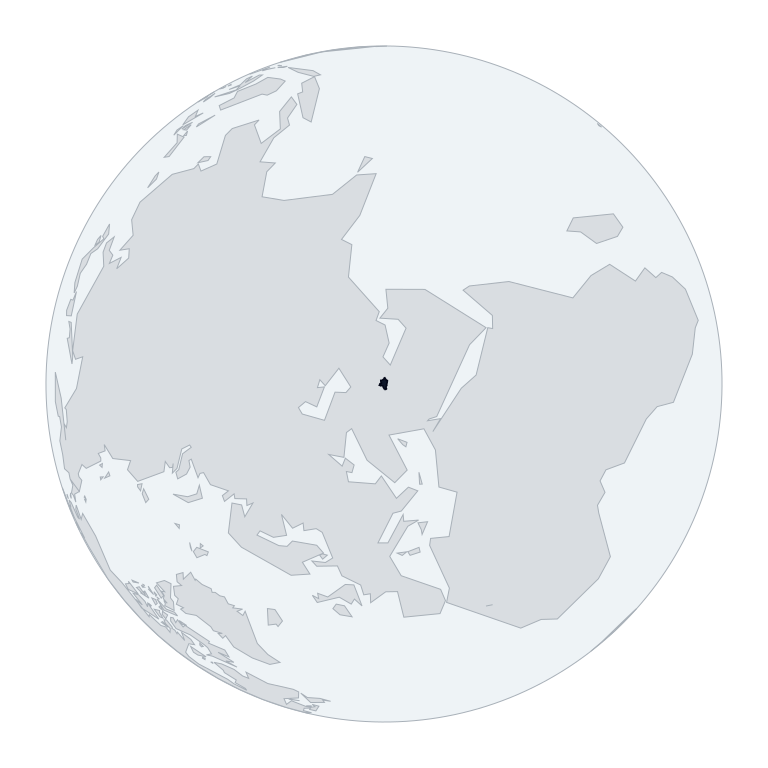 the Earth from above Wasit, rotated 235°
{"feature_id": "IRQ-3227", "entity_name": "Wasit", "entity_type": "Province", "adm_level": 1, "iso_a3": "IRQ", "parent_name": "Iraq", "parent_adm1": "", "projection": "orthographic", "projection_center": [45.642, 32.719], "detail": "fine", "context": "on_globe", "style": "filled", "palette": "ink", "viewbox_px": 768, "rotation_deg": 235, "n_neighbors": 0, "source": "natural_earth", "source_scale": "10m", "svg_char_len": 11944}
<svg xmlns="http://www.w3.org/2000/svg" viewBox="0 0 768 768"><g transform="rotate(235 384 384)"><circle cx="384" cy="384" r="338" fill="#eef3f6" stroke="#a8b0b8"/><path d="M380.2,46.1L383.1,46.1L420.3,48.9L435.7,50.5L429.5,50.4L461.1,55.1L483.6,61.1L455.9,54.1L451.3,53.5L465.4,57.0L463.8,57.3L469.7,59.5L466.4,59.8L450.5,56.7L448.0,57.1L458.2,59.7L461.4,62.4L446.8,58.3L450.8,62.9L424.9,60.6L388.6,53.0L371.8,55.4L328.1,58.1L329.7,59.5L314.2,62.7L310.3,65.8L303.3,66.3L306.2,68.6L313.3,67.6L317.0,68.5L315.4,70.5L306.1,71.1L305.6,70.2L302.1,71.5L298.2,71.2L299.2,72.5L288.2,73.6L296.5,75.7L285.6,79.3L279.1,79.3L283.2,75.1L278.1,67.7L272.7,67.9L261.0,71.6L231.7,86.6L224.3,89.2L211.8,95.9L214.2,95.8L224.8,90.8L226.3,93.2L239.2,87.7L241.6,88.2L253.5,85.1L247.9,90.4L236.1,97.5L226.0,100.7L220.5,104.3L227.1,105.7L205.3,117.0L185.9,134.6L180.7,137.5L175.9,133.9L183.6,121.6L177.5,120.4L177.6,126.5L164.5,135.2L160.8,139.3L159.2,142.4L162.7,141.4L157.4,145.9L155.3,140.7L160.1,136.4L160.7,137.9L164.2,132.6L162.7,130.7L156.3,136.1L160.9,130.2L156.7,133.9L175.5,118.1L195.3,103.7L216.2,90.7L237.9,79.3L260.4,69.5L283.5,61.4L307.2,54.9L331.3,50.2L355.6,47.3L380.2,46.1ZM46.5,400.3L47.5,412.2L51.9,439.9L54.6,457.4L55.2,462.1L49.4,431.4L46.5,400.3ZM447.1,52.2L439.3,50.8L447.4,52.2L447.1,52.2ZM471.0,59.7L473.8,60.2L475.7,61.2L471.0,59.7ZM255.7,82.6L254.6,83.8L253.0,83.7L255.7,82.6ZM261.9,80.2L260.9,79.3L263.6,78.0L264.2,78.7L261.9,80.2ZM472.4,62.9L474.6,64.8L469.6,62.2L472.4,62.9ZM262.6,81.8L268.7,76.1L273.6,74.1L280.0,75.1L262.6,81.8ZM474.1,65.6L479.6,71.1L486.2,72.4L470.7,72.8L471.2,67.4L464.0,63.8L470.8,65.7L474.1,65.6ZM316.3,66.5L308.6,67.6L316.6,65.0L316.3,66.5ZM320.5,64.7L339.6,57.0L350.1,57.1L341.6,59.3L356.4,58.5L352.1,62.1L343.0,63.5L337.1,62.5L340.0,64.8L320.5,64.7ZM461.3,72.6L460.3,73.8L458.3,72.0L461.3,72.6ZM319.1,68.6L322.0,66.8L331.3,66.6L327.2,70.2L325.5,69.1L319.1,68.6ZM362.4,56.7L368.6,57.6L366.8,60.7L369.0,61.5L353.0,62.3L362.4,56.7ZM322.5,70.2L324.8,72.2L318.9,74.3L316.8,70.5L322.5,70.2ZM335.5,65.1L339.7,65.3L336.0,66.3L335.5,65.1ZM299.3,83.9L302.6,81.1L307.7,80.6L299.3,83.9ZM326.0,72.9L328.1,72.1L330.5,71.8L330.7,73.6L326.0,72.9ZM352.8,64.7L350.8,66.0L359.3,64.5L358.3,67.2L347.8,67.4L351.9,68.4L351.6,69.3L343.4,68.6L352.8,64.7ZM338.2,74.7L324.4,76.6L317.2,81.5L312.4,81.9L324.9,74.1L338.2,74.7ZM341.9,71.1L338.5,73.3L334.3,72.4L334.1,70.3L341.9,71.1ZM361.5,69.1L365.7,64.9L367.8,65.1L361.5,69.1ZM336.9,76.2L340.2,75.7L336.9,76.6L336.9,76.2ZM354.9,71.3L356.0,69.7L358.5,69.9L354.9,71.3ZM345.9,76.4L341.5,76.9L341.2,75.4L345.9,76.4ZM350.7,74.2L353.7,74.9L343.7,74.5L350.8,73.4L350.7,74.2ZM356.9,71.8L358.8,71.4L356.1,72.5L356.9,71.8ZM349.7,82.4L337.1,82.2L336.4,78.7L348.7,79.2L349.7,82.4ZM101.5,447.9L92.1,391.2L101.0,377.7L105.6,356.0L169.2,310.0L179.3,320.5L225.6,328.8L230.8,333.6L221.7,349.8L253.5,381.8L268.1,369.9L300.5,388.3L324.4,391.0L339.3,358.8L300.2,353.6L297.0,336.2L331.3,326.4L366.0,331.9L365.8,325.4L346.9,309.1L358.0,298.3L340.7,302.6L345.4,309.8L334.8,313.1L329.8,306.9L333.9,303.0L324.3,298.8L307.2,319.6L310.2,329.1L283.2,328.6L285.5,344.8L277.1,350.4L270.0,325.3L273.0,317.2L257.3,287.9L251.6,296.1L266.1,324.8L260.2,321.4L252.7,334.3L253.8,321.9L239.5,289.8L217.1,288.1L183.3,312.6L171.3,310.1L163.8,298.2L181.6,266.5L206.2,276.0L212.8,266.2L212.5,247.6L220.0,252.5L222.9,246.5L232.7,249.6L251.0,239.5L261.7,241.5L273.3,224.4L280.4,223.4L271.4,233.6L270.9,242.2L297.9,248.3L304.4,245.5L309.8,234.3L316.5,238.0L318.3,226.4L336.0,225.2L315.9,217.4L321.8,205.5L334.8,198.2L333.1,193.3L311.9,205.2L306.6,211.5L307.9,218.9L290.5,236.4L280.2,237.5L284.8,214.9L270.8,214.3L280.6,198.2L332.1,173.6L351.3,171.1L373.7,191.2L366.6,198.0L355.1,193.8L361.7,208.4L363.1,202.0L368.7,205.5L375.7,196.1L380.0,198.2L379.3,186.0L385.3,187.6L385.7,195.3L401.1,184.1L414.9,185.4L416.3,182.0L413.9,177.9L433.0,183.0L433.2,180.3L427.1,177.5L423.5,170.6L424.6,160.6L431.1,162.9L431.6,166.8L442.4,179.0L442.7,189.8L445.5,189.8L446.8,181.1L433.6,166.0L432.4,159.5L439.8,165.7L437.0,162.9L438.4,160.4L446.0,160.4L438.4,153.4L445.5,126.4L460.9,124.7L466.6,132.5L478.5,119.1L494.9,120.1L489.2,117.2L491.0,110.1L485.9,109.6L483.3,107.8L485.7,91.7L491.3,90.4L485.9,82.1L482.9,80.9L478.4,81.2L470.7,72.8L486.2,72.4L492.1,75.0L497.8,73.7L510.4,80.3L523.4,85.9L533.9,95.2L543.3,99.6L544.5,98.7L558.1,104.7L582.3,121.6L557.7,111.5L520.5,91.1L535.2,99.2L530.4,98.8L534.8,102.9L545.3,109.1L547.5,108.8L556.7,129.5L579.1,152.8L581.2,145.5L589.9,148.1L617.2,172.8L641.2,222.0L653.1,229.5L658.7,237.6L659.3,247.4L651.1,235.6L645.1,235.8L640.3,228.2L638.5,241.3L631.7,231.1L633.6,247.1L640.9,252.9L645.1,244.4L649.7,263.8L663.3,271.5L672.9,288.4L677.2,330.8L669.5,351.8L670.7,358.1L663.4,356.2L660.1,373.2L678.6,396.7L680.3,406.2L671.9,433.1L670.6,426.5L651.5,421.4L652.4,445.4L667.1,454.8L672.3,472.8L663.0,473.0L657.2,457.5L650.3,455.1L648.9,435.0L637.1,409.9L627.4,421.7L625.1,409.7L607.3,391.5L591.7,407.4L568.9,450.6L570.9,481.5L560.8,498.2L536.0,460.9L526.8,432.1L516.6,437.6L492.0,416.2L446.0,421.6L440.6,413.9L431.7,418.7L414.6,411.7L406.8,398.7L395.9,400.0L417.1,434.1L428.9,432.7L440.3,418.4L443.9,430.6L460.5,439.9L438.0,471.8L371.6,499.9L367.1,476.6L327.1,408.5L329.4,401.1L329.3,400.2L328.9,398.6L323.2,410.5L317.0,396.7L336.2,444.9L338.5,464.6L370.6,501.3L367.1,504.8L378.0,512.1L415.5,502.6L415.3,510.2L396.3,545.1L346.2,588.1L354.1,615.8L352.6,637.5L324.1,649.0L329.5,664.3L315.2,667.7L316.2,675.4L306.3,681.6L288.8,685.3L255.9,677.9L251.5,671.2L231.6,653.7L203.0,610.6L208.8,594.8L204.9,578.8L181.4,535.7L186.4,516.6L180.7,505.4L168.5,502.9L162.2,489.3L155.1,485.9L112.7,470.4L101.5,447.9ZM143.6,340.2L140.9,346.4L143.6,340.2ZM400.6,355.1L422.8,356.1L416.3,334.9L424.3,333.9L419.2,327.4L415.8,333.5L403.8,315.8L414.6,309.6L413.8,300.4L406.3,299.8L388.4,314.4L405.4,339.2L398.8,347.9L400.6,355.1ZM164.7,135.5L164.7,136.1L162.1,139.8L161.3,139.3L164.7,135.5ZM163.2,151.2L154.7,158.3L160.2,152.5L157.3,152.6L165.2,141.2L178.5,138.5L171.1,141.4L163.2,151.2ZM179.5,126.5L173.0,133.2L179.6,126.0L179.5,126.5ZM229.3,213.3L231.1,218.6L225.0,224.4L211.6,224.3L220.2,215.6L229.3,213.3ZM235.0,225.1L243.3,204.0L252.0,204.1L245.7,207.4L250.6,209.6L241.8,215.8L242.0,237.3L236.7,244.1L214.8,238.7L224.8,236.4L222.5,230.9L235.0,225.1ZM249.2,157.9L252.9,150.9L266.9,159.7L261.8,165.3L248.1,164.9L246.1,158.1L249.2,157.9ZM272.7,85.5L273.3,83.8L275.8,83.4L277.4,84.5L272.7,85.5ZM300.4,82.6L273.2,93.3L272.4,91.6L257.4,101.0L249.4,100.5L259.4,94.2L242.1,101.4L247.9,95.6L236.4,101.2L259.4,87.4L264.0,83.2L261.9,87.9L269.1,88.3L273.6,87.2L289.6,81.4L302.9,73.4L312.2,73.3L315.2,75.4L313.4,77.2L307.9,76.5L309.4,79.6L300.2,80.1L300.4,82.6ZM344.8,111.2L339.2,107.7L340.7,117.7L331.5,116.7L332.2,117.9L324.1,120.0L315.5,125.0L311.9,123.7L310.1,126.2L304.7,128.0L301.1,131.2L293.3,130.3L288.2,134.3L287.4,131.7L280.7,139.0L282.1,133.3L275.3,135.6L277.5,139.9L244.1,131.4L229.0,133.7L215.6,139.1L219.8,129.6L235.1,119.0L254.8,110.1L268.8,109.9L268.2,106.1L274.7,105.1L272.4,108.5L279.8,102.7L284.5,102.9L302.1,97.5L309.7,90.1L316.3,88.3L315.7,91.4L322.7,87.6L326.1,92.3L330.9,91.3L339.0,95.5L335.0,102.6L340.7,101.1L347.1,104.7L344.8,111.2ZM351.6,83.6L349.0,91.4L342.6,95.0L331.2,86.4L326.4,86.6L318.9,82.2L328.2,77.3L329.5,78.9L333.0,79.5L328.7,80.7L334.7,80.1L336.7,82.6L341.9,82.9L339.6,85.2L351.6,83.6ZM238.9,328.9L243.3,331.0L250.8,332.2L246.2,340.7L238.9,328.9ZM228.7,307.1L233.0,307.3L230.1,319.0L225.6,317.2L228.7,307.1ZM237.9,297.8L233.5,306.4L233.1,300.6L237.9,297.8ZM275.7,233.3L280.6,233.1L280.2,236.0L276.3,239.4L275.7,233.3ZM347.2,143.8L345.0,140.5L347.1,139.5L349.0,131.1L356.0,131.7L357.6,136.9L347.2,143.8ZM331.3,363.8L323.0,369.4L320.0,365.9L323.5,364.6L331.3,363.8ZM281.5,355.7L291.7,362.0L280.1,357.9L281.5,355.7ZM355.1,143.0L355.1,139.4L358.6,142.0L355.1,143.0ZM361.2,131.7L365.7,133.9L357.1,130.8L361.2,131.7ZM472.3,708.2L475.1,708.2L469.6,709.6L472.3,708.2ZM411.5,634.3L391.8,669.5L375.4,669.6L371.0,659.9L377.2,638.7L395.8,632.3L404.5,621.6L411.5,634.3ZM703.2,482.9L705.7,479.4L705.3,480.8L703.2,482.9ZM700.9,483.3L704.2,478.4L699.7,487.1L700.9,483.3ZM705.4,476.4L708.8,468.4L710.3,463.9L709.7,467.0L705.4,476.4ZM698.3,487.0L681.4,505.6L673.7,509.3L676.3,502.9L688.6,492.4L698.3,487.0ZM675.6,503.4L663.0,500.5L640.4,474.6L648.6,470.4L671.2,479.7L669.9,484.9L677.6,489.1L675.6,503.4ZM703.2,451.1L701.8,464.7L693.1,474.2L688.8,476.8L685.9,464.0L687.6,454.0L691.4,450.4L702.1,407.3L706.6,408.7L704.3,425.3L707.7,431.8L703.2,451.1ZM572.6,483.8L581.3,498.7L575.4,503.8L572.6,483.8ZM703.4,381.3L701.1,399.9L702.2,377.7L703.4,381.3ZM702.3,362.3L703.9,368.2L701.0,364.7L702.3,362.3ZM673.4,366.9L669.6,372.4L668.0,368.0L672.0,358.5L673.4,366.9ZM680.3,302.9L685.7,315.9L686.8,321.2L682.4,315.2L680.3,302.9ZM414.8,148.0L404.3,158.5L401.4,167.6L407.0,174.7L394.6,169.7L399.1,155.6L414.8,148.0ZM441.1,128.6L436.1,123.3L441.1,123.2L443.0,124.4L441.1,128.6ZM436.0,127.0L424.5,125.2L423.5,120.8L432.8,123.0L436.0,127.0ZM389.6,132.8L386.0,135.7L383.2,133.4L389.6,132.8ZM659.1,580.2L664.7,571.4L666.0,569.7L673.7,555.7L691.6,523.7L706.6,484.5L707.0,483.4L698.0,509.0L686.9,533.7L674.0,557.5L659.1,580.2ZM709.0,472.5L713.5,456.1L714.8,451.6L709.0,472.5ZM720.7,412.8L720.8,409.6L721.5,401.2L720.5,405.0L721.7,393.2L721.7,396.2L720.7,412.8ZM717.6,426.9L717.2,430.6L716.6,430.3L717.6,426.9ZM718.6,421.9L720.0,418.4L718.3,425.4L718.6,421.9ZM709.7,431.5L710.8,437.3L714.1,426.0L711.5,438.0L712.8,446.5L711.7,452.8L710.6,443.2L708.6,459.1L706.9,461.6L707.0,450.9L709.1,433.0L710.7,424.0L716.3,409.9L709.7,431.5ZM719.0,412.4L718.4,405.2L718.6,397.7L719.4,400.5L719.0,412.4ZM715.0,388.7L711.4,383.0L709.7,391.4L711.7,367.8L715.0,377.1L715.0,388.7ZM709.6,369.6L708.2,377.3L708.7,364.5L709.6,369.6ZM707.0,374.8L705.2,367.9L707.2,365.7L707.0,374.8ZM710.7,367.8L708.4,354.5L710.8,360.2L710.7,367.8ZM700.3,352.9L707.2,358.0L700.9,361.8L693.6,338.4L695.8,334.0L700.3,352.9ZM668.0,237.4L663.6,231.9L663.6,227.1L666.7,232.2L668.0,237.4ZM659.4,208.4L662.2,224.1L663.6,237.8L666.3,238.2L672.5,251.0L664.8,244.5L659.0,227.0L659.0,218.7L652.7,209.0L648.9,198.7L640.0,188.9L636.3,182.4L644.4,189.0L659.4,208.4ZM636.1,185.1L619.2,166.9L622.1,163.2L626.4,166.3L633.0,176.0L631.1,177.3L636.1,185.1ZM616.0,161.7L613.9,163.1L584.8,144.6L579.4,139.9L603.1,150.7L602.4,152.8L609.1,158.4L616.0,161.7ZM463.9,74.6L460.6,73.9L463.3,73.5L463.9,74.6ZM480.4,107.7L477.4,105.2L480.7,104.5L480.4,107.7ZM470.6,98.2L469.0,100.7L468.0,97.0L470.6,98.2ZM466.0,106.8L467.1,101.2L469.9,108.0L466.0,106.8Z" fill="#d9dde1" stroke="#a8b0b8" stroke-width="1"/><path d="M385.6,379.4L385.8,379.7L385.9,379.8L385.9,380.0L386.1,380.3L386.3,380.6L386.5,380.7L386.5,380.8L386.6,381.0L386.6,381.3L386.4,381.6L386.2,381.7L385.9,381.7L385.9,381.8L386.0,381.8L386.3,381.9L386.4,382.0L386.2,382.3L386.3,382.6L386.5,382.6L387.1,382.6L387.7,382.7L388.1,383.0L388.3,383.1L388.8,383.4L388.7,383.5L388.2,384.7L388.1,385.0L388.2,385.3L388.1,385.5L388.0,385.8L388.2,386.0L388.0,386.6L387.9,386.8L388.0,386.9L388.6,387.2L388.7,387.3L388.8,387.4L388.7,388.3L388.4,388.3L388.2,388.2L387.4,388.2L386.1,388.2L385.9,388.3L385.7,388.3L385.4,388.5L385.4,388.4L385.3,388.5L385.2,388.5L384.9,388.6L384.4,388.5L384.2,388.0L384.2,387.9L383.9,387.7L383.6,387.6L383.4,387.5L383.4,387.4L382.8,386.8L382.7,386.7L382.8,386.4L382.6,386.2L382.2,386.1L381.8,385.9L381.8,385.6L381.7,385.6L381.4,385.6L381.2,385.5L381.2,385.4L380.9,384.9L380.7,384.2L380.4,383.9L380.2,383.8L380.0,383.7L379.7,383.7L379.4,383.5L378.7,383.4L378.5,383.2L378.5,382.5L378.5,382.3L378.7,382.2L378.8,382.1L378.9,381.9L379.0,382.0L379.3,382.2L379.4,381.9L379.5,381.8L379.7,381.7L379.8,381.5L379.9,381.4L380.0,381.3L380.7,381.5L380.9,381.5L381.4,381.4L382.9,381.9L383.2,382.0L383.3,381.9L383.5,381.7L383.8,381.4L383.9,381.2L384.0,381.1L384.1,380.9L384.3,380.6L384.4,380.4L384.5,380.5L384.6,380.4L384.9,380.1L385.0,380.1L385.3,380.0L385.3,379.9L385.4,379.7L385.5,379.5L385.6,379.4Z" fill="#0f172a" stroke="#020617" stroke-width="1.5"/></g></svg>